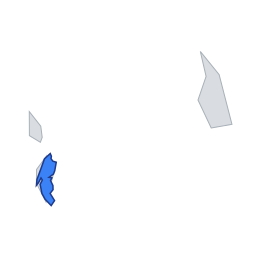 Saint Thomas highlighted on a map of United States Virgin Islands, rotated 257°
{"feature_id": "VIR-4868", "entity_name": "Saint Thomas", "entity_type": "state/province", "adm_level": 1, "iso_a3": "VIR", "parent_name": "United States Virgin Islands", "parent_adm1": "", "projection": "natural_earth1", "projection_center": [-64.931, 18.346], "detail": "fine", "context": "in_parent", "style": "filled", "palette": "blue", "viewbox_px": 256, "rotation_deg": 257, "n_neighbors": 0, "source": "natural_earth", "source_scale": "10m", "svg_char_len": 718}
<svg xmlns="http://www.w3.org/2000/svg" viewBox="0 0 256 256"><g transform="rotate(257 128 128)"><path d="M139.5,202.5L160.7,215.7L186.3,215.7L159.5,228.8L108.2,230.1L109.3,209.1L139.5,202.5ZM119.4,42.7L100.4,45.3L74.2,31.5L94.8,26.3L108.2,29.6L119.4,42.7ZM166.2,35.5L149.4,43.4L138.2,42.3L133.8,39.4L142.7,30.2L166.2,35.5Z" fill="#d9dde1" stroke="#a8b0b8" stroke-width="1"/><path d="M112.6,47.3L110.8,50.4L102.8,47.0L99.9,45.0L97.7,39.9L96.6,42.6L94.2,40.7L88.8,41.9L84.8,41.1L81.8,37.4L73.8,40.1L69.7,35.7L77.2,31.2L83.6,29.4L92.8,29.7L96.6,32.8L98.9,32.0L94.8,28.4L92.8,25.9L98.3,27.7L107.6,33.8L116.8,39.7L120.6,46.5L117.7,47.0L115.5,46.1L112.6,47.3Z" fill="#3b82f6" stroke="#1e3a8a" stroke-width="1.5"/></g></svg>